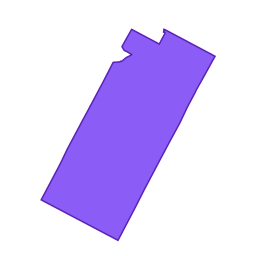 outline of Santa Fe, New Mexico, United States of America, rotated 28°
{"feature_id": "52423323B7910284098796", "entity_name": "Santa Fe", "entity_type": "district", "adm_level": 2, "iso_a3": "USA", "parent_name": "United States of America", "parent_adm1": "New Mexico", "projection": "equal_earth", "projection_center": [-106.034, 35.521], "detail": "fine", "context": "isolated", "style": "filled", "palette": "violet", "viewbox_px": 256, "rotation_deg": 28, "n_neighbors": 0, "source": "geoboundaries", "source_scale": "gbopen_adm2", "svg_char_len": 692}
<svg xmlns="http://www.w3.org/2000/svg" viewBox="0 0 256 256"><g transform="rotate(28 128 128)"><path d="M171.9,231.9L171.7,194.1L171.3,174.9L171.2,140.2L171.2,120.9L171.4,99.0L170.6,81.8L170.6,68.5L170.6,64.9L170.4,62.5L170.7,52.1L171.1,28.9L171.2,23.8L130.8,23.8L127.0,23.8L116.7,23.8L113.4,23.9L113.4,24.4L114.4,25.0L114.0,25.4L114.3,26.6L115.9,26.5L116.2,27.3L116.2,39.2L84.9,39.2L84.5,55.4L84.5,59.0L88.2,61.3L91.4,61.1L96.8,61.5L96.7,62.0L93.4,66.6L91.0,72.3L90.1,72.5L89.7,73.5L84.1,77.0L84.4,99.3L84.4,125.8L84.4,131.1L84.3,144.7L84.3,159.0L84.3,174.8L84.9,189.1L85.0,194.1L85.1,232.2L93.1,232.2L120.2,232.1L171.9,231.9Z" fill="#8b5cf6" stroke="#5b21b6" stroke-width="1.5"/></g></svg>